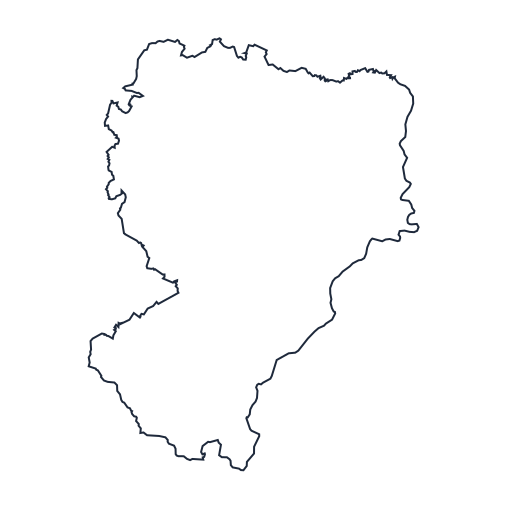 the district of Hostotipaquillo, Jalisco, Mexico, rotated 94°
{"feature_id": "50627088B68006893150413", "entity_name": "Hostotipaquillo", "entity_type": "district", "adm_level": 2, "iso_a3": "MEX", "parent_name": "Mexico", "parent_adm1": "Jalisco", "projection": "albers", "projection_center": [-104.082, 21.071], "detail": "fine", "context": "isolated", "style": "outline", "palette": "slate", "viewbox_px": 512, "rotation_deg": 94, "n_neighbors": 0, "source": "geoboundaries", "source_scale": "gbopen_adm2", "svg_char_len": 6005}
<svg xmlns="http://www.w3.org/2000/svg" viewBox="0 0 512 512"><g transform="rotate(94 256 256)"><path d="M231.3,115.7L230.6,114.0L227.9,113.4L226.5,113.7L224.8,115.3L221.1,114.4L220.3,109.6L221.2,104.5L221.2,100.0L219.6,97.0L215.9,95.8L212.8,97.8L213.6,103.0L213.5,105.0L212.4,106.8L209.3,107.6L206.4,107.1L204.3,106.0L202.8,104.2L202.0,101.5L199.9,101.1L197.2,103.6L193.8,104.7L190.3,107.4L189.9,113.9L189.4,115.3L187.9,115.7L184.0,114.1L176.6,107.9L173.3,106.6L172.0,107.6L170.5,111.2L168.3,112.9L157.0,115.6L147.5,112.1L144.3,114.9L140.9,116.0L135.5,120.1L133.9,120.5L131.3,119.5L126.9,115.4L120.9,115.1L114.3,116.2L106.6,114.6L100.3,111.5L93.0,109.8L85.9,110.6L82.5,113.6L79.3,114.9L75.9,119.2L74.6,124.0L73.2,126.4L69.0,130.1L67.4,129.9L68.2,131.4L69.7,132.2L68.2,132.7L69.1,134.6L68.5,135.0L66.2,133.9L66.2,138.0L62.8,138.8L64.8,140.6L65.1,142.8L64.3,143.9L64.9,145.6L62.1,149.1L64.8,150.2L64.8,150.9L64.7,151.8L63.2,150.8L63.0,151.8L61.3,152.4L62.4,156.2L64.2,156.7L64.5,157.7L61.0,160.2L63.2,164.7L64.4,165.6L63.6,167.3L65.4,168.2L65.4,169.6L64.5,170.3L65.1,172.6L67.7,172.4L68.1,174.2L67.1,175.1L67.8,176.3L69.5,175.7L70.8,176.3L71.4,174.7L72.1,174.6L72.4,177.9L73.0,178.2L72.3,180.6L74.8,180.7L74.8,181.9L77.2,184.3L75.9,186.3L76.4,188.1L75.2,191.9L75.3,194.3L76.6,196.1L74.8,196.8L75.1,197.9L76.4,198.1L76.9,199.0L76.2,199.7L74.1,199.7L72.5,201.1L75.4,203.8L74.1,204.7L72.8,204.1L71.7,204.4L72.9,207.2L71.6,208.4L71.5,210.0L72.4,210.4L72.7,211.9L69.3,215.3L70.1,216.3L69.4,217.1L65.8,219.5L65.1,223.6L68.8,229.6L68.6,235.6L70.3,238.0L69.4,241.5L66.8,244.8L68.1,246.6L63.8,252.7L64.6,256.8L56.5,261.4L53.8,259.5L52.1,260.4L50.2,259.6L45.3,272.2L46.9,273.4L46.2,277.9L53.7,280.0L54.4,281.6L54.7,279.4L57.2,280.2L58.4,279.6L60.9,280.0L60.9,282.5L58.9,284.1L58.4,285.7L59.4,287.4L57.7,289.0L49.1,292.4L48.7,293.8L50.2,296.5L50.3,298.5L48.9,302.6L44.7,307.0L42.3,306.1L41.4,307.6L42.9,310.3L42.6,312.3L43.6,314.3L47.6,314.6L48.7,316.2L49.0,315.6L50.0,316.1L51.8,319.1L55.9,320.8L56.7,324.1L61.8,331.2L60.7,333.4L63.0,338.7L60.7,343.2L61.1,344.8L57.6,344.1L54.2,341.7L52.4,342.5L51.2,342.1L49.3,347.1L47.0,347.9L46.0,349.5L48.1,351.7L46.4,359.0L48.8,363.1L48.2,367.2L48.9,369.2L50.7,371.0L50.9,374.6L52.0,377.4L57.8,379.2L58.6,381.8L68.1,387.5L76.9,387.4L78.9,388.2L84.9,387.5L87.7,387.9L92.2,390.2L92.6,391.2L93.6,390.9L95.9,398.3L97.7,400.1L98.4,398.5L99.9,397.6L100.0,391.6L101.7,386.2L101.4,384.5L104.2,380.0L105.7,383.1L104.6,388.8L105.9,389.8L105.7,390.5L106.5,390.3L108.9,392.1L112.9,393.4L113.4,392.4L114.0,393.3L114.7,392.7L115.4,390.5L120.2,392.7L121.7,394.1L122.5,396.0L121.0,399.6L119.3,401.1L118.9,403.0L116.7,403.8L115.7,405.5L112.5,404.8L113.7,408.8L111.3,410.1L111.3,411.0L113.2,410.8L115.2,412.1L124.1,413.5L125.7,414.7L127.2,413.3L129.8,415.1L133.4,416.2L136.7,415.7L136.1,412.6L139.7,411.7L140.9,408.9L142.6,407.6L142.4,406.9L145.0,405.8L145.2,402.6L145.7,403.7L147.0,403.0L147.8,403.8L148.5,401.3L150.5,400.7L153.6,401.5L154.1,404.0L155.8,404.8L157.9,404.5L157.1,407.1L162.6,412.3L165.4,410.1L166.6,411.0L167.8,409.7L169.5,410.7L170.3,409.0L172.3,409.8L173.7,408.6L176.0,408.9L177.0,409.8L180.1,409.2L180.9,408.9L182.2,405.9L184.9,405.3L186.0,403.9L189.5,403.1L191.3,406.3L193.3,408.0L194.8,408.0L197.2,409.5L198.3,409.1L199.8,410.3L201.7,408.3L202.8,408.5L204.9,407.4L205.5,407.8L207.5,406.2L208.6,407.0L209.3,406.7L209.5,403.7L208.3,400.4L206.1,399.5L204.5,395.8L202.7,393.8L201.9,394.6L200.0,394.7L203.7,390.8L206.5,390.0L211.4,390.9L213.3,393.3L217.3,394.2L218.0,395.0L219.3,394.6L222.9,396.8L225.2,396.0L228.3,392.6L242.5,389.3L243.6,387.5L243.0,387.1L243.7,387.5L249.0,376.0L251.2,373.7L250.6,372.5L251.1,371.5L253.5,370.7L253.0,369.8L253.4,368.8L255.0,369.8L258.8,365.8L264.3,364.1L265.5,362.3L273.8,364.4L275.8,363.6L276.1,359.4L275.6,357.5L276.8,356.7L276.2,355.8L281.0,347.8L280.8,346.0L283.1,345.8L284.9,347.2L288.4,337.0L287.0,335.9L285.7,333.0L287.0,333.0L287.8,335.1L290.3,333.0L291.7,334.0L293.8,331.8L296.3,331.8L298.1,330.8L310.6,350.1L308.7,352.0L313.1,355.1L316.0,360.4L322.1,363.8L321.7,366.2L324.0,367.5L324.6,367.0L325.5,367.5L321.4,373.9L328.4,377.8L333.0,385.9L332.3,385.7L332.8,387.2L332.3,388.4L336.4,388.3L334.4,390.8L337.1,392.2L337.5,390.9L338.4,390.7L339.6,392.3L340.8,390.6L345.0,392.7L348.4,393.1L346.1,397.7L346.0,399.3L345.1,400.1L345.2,401.7L344.4,401.7L344.1,404.4L349.8,413.2L352.4,415.1L360.9,414.0L363.2,414.7L365.5,414.1L368.8,415.8L373.9,414.5L377.7,415.2L379.5,408.0L380.6,407.4L381.1,405.8L386.3,401.9L387.5,402.2L390.8,399.0L391.9,395.2L392.1,388.4L394.6,385.6L400.3,385.0L403.5,382.0L408.9,380.4L410.9,379.0L411.5,377.2L416.0,373.6L416.7,371.1L419.0,369.8L419.4,368.8L420.4,369.3L422.3,368.5L424.4,366.4L424.7,364.3L425.7,363.6L429.0,364.1L431.8,361.2L433.5,361.3L436.0,358.9L440.6,359.0L439.9,355.9L442.4,352.2L442.3,340.0L443.2,333.7L445.7,331.2L447.4,331.2L449.3,329.8L450.9,324.5L453.9,322.8L459.3,322.3L460.6,321.2L461.1,319.5L460.8,314.1L463.2,310.7L464.2,307.5L462.9,305.3L462.8,294.4L460.6,295.1L460.0,293.7L457.3,293.1L456.5,293.4L457.6,295.6L455.3,297.1L449.3,296.0L444.7,290.8L444.9,288.9L442.2,281.3L444.8,280.2L446.7,277.8L457.3,278.9L459.1,276.0L458.8,271.0L460.6,268.2L462.1,267.1L466.4,266.5L468.5,264.5L469.3,258.1L470.6,256.1L470.6,253.6L466.1,250.6L462.0,250.7L453.2,244.2L446.4,244.6L435.5,240.2L433.6,240.4L430.6,248.3L429.1,249.8L418.5,254.3L417.5,254.0L417.6,253.0L414.4,251.2L409.5,251.0L405.0,249.1L401.3,246.3L397.6,245.1L390.4,245.1L387.0,246.7L384.4,245.8L383.3,244.4L383.7,242.0L381.9,240.2L377.4,233.1L374.6,231.9L358.3,228.1L350.8,216.6L349.7,210.1L347.5,207.2L334.7,198.5L327.3,192.3L323.6,188.6L320.8,183.3L318.6,181.6L314.2,175.7L307.8,173.0L306.3,173.4L306.0,174.6L302.8,176.6L297.5,178.4L293.9,177.8L288.3,179.3L282.8,179.8L275.8,177.7L272.7,175.5L270.4,172.1L265.5,168.5L259.8,161.7L256.6,159.0L253.1,153.3L252.6,150.7L250.6,147.9L246.1,146.3L239.6,145.6L233.3,143.4L231.2,141.9L230.5,141.2L232.5,131.1L230.5,127.9L229.7,123.7L231.3,115.7Z" fill="none" stroke="#1e293b" stroke-width="2"/></g></svg>